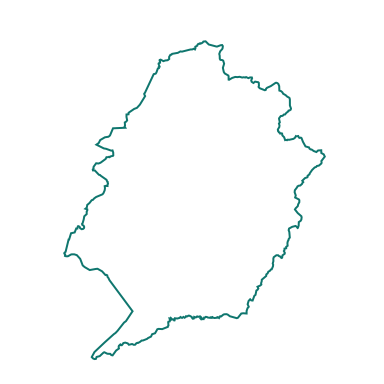 Phnum Kravanh, Pouthisat, Cambodia (orthographic projection), rotated 259°
{"feature_id": "14789045B35445184191564", "entity_name": "Phnum Kravanh", "entity_type": "district", "adm_level": 2, "iso_a3": "KHM", "parent_name": "Cambodia", "parent_adm1": "Pouthisat", "projection": "orthographic", "projection_center": [103.822, 12.181], "detail": "fine", "context": "isolated", "style": "outline", "palette": "teal", "viewbox_px": 384, "rotation_deg": 259, "n_neighbors": 0, "source": "geoboundaries", "source_scale": "gbopen_adm2", "svg_char_len": 5936}
<svg xmlns="http://www.w3.org/2000/svg" viewBox="0 0 384 384"><g transform="rotate(259 192 192)"><path d="M327.0,185.2L326.2,185.5L325.0,185.3L324.7,183.9L324.2,183.6L321.2,184.1L321.0,183.2L319.9,183.1L319.7,182.0L316.0,179.8L315.1,178.9L315.0,176.9L298.3,164.7L297.7,163.9L296.8,163.8L295.1,164.3L287.7,157.5L285.1,154.0L284.6,151.1L281.9,144.9L280.4,144.5L280.6,142.5L278.2,142.0L274.7,142.0L273.7,140.9L273.1,139.3L269.9,138.9L269.1,138.3L267.8,138.8L269.6,126.6L263.3,122.4L262.7,121.6L262.2,120.5L262.3,116.9L260.5,111.8L257.9,109.8L256.7,107.2L251.6,113.8L250.8,115.9L248.0,120.6L248.0,121.9L245.8,122.2L242.9,121.7L242.6,121.4L242.5,119.0L241.9,117.8L242.4,117.3L242.2,116.2L242.5,114.7L240.9,113.5L238.2,107.8L237.8,105.7L238.5,103.4L235.7,100.4L235.1,100.0L233.9,99.9L233.1,98.9L232.1,98.9L231.7,100.7L226.7,103.9L226.1,105.1L225.5,105.4L220.3,110.4L219.0,110.6L217.9,111.2L217.3,110.9L216.6,111.2L215.9,111.0L215.5,110.5L214.0,110.2L214.5,108.3L214.4,107.4L212.4,107.3L210.3,106.6L207.7,104.8L206.8,103.7L205.4,97.0L204.4,94.8L203.2,93.2L203.1,92.0L200.7,89.2L199.3,86.7L196.7,85.7L195.9,84.2L194.9,85.9L193.9,85.7L192.9,84.9L190.4,84.4L188.7,81.6L185.8,80.5L182.3,78.7L181.7,78.0L180.7,78.0L179.6,79.2L178.2,79.5L177.2,79.1L176.6,78.3L176.5,76.7L177.7,75.3L179.3,75.0L180.1,74.1L180.1,73.4L178.0,72.5L178.3,71.4L174.7,69.1L174.6,65.4L168.8,62.3L168.9,61.8L157.4,56.5L156.7,55.2L155.9,54.9L155.0,55.6L153.5,55.1L152.9,56.2L152.6,57.9L153.8,61.6L153.3,64.5L152.0,66.9L147.7,69.5L140.8,70.7L138.8,72.3L134.9,76.7L134.8,83.5L134.6,84.7L131.3,88.6L127.0,91.2L127.0,92.1L126.4,92.9L124.7,92.9L123.7,93.5L121.1,94.2L86.3,110.9L77.8,102.5L76.8,100.4L69.9,92.4L68.2,90.0L67.4,88.2L61.1,77.7L53.5,65.7L49.1,62.1L47.5,63.1L46.6,64.4L46.5,65.8L48.3,66.9L48.5,70.1L51.3,74.6L51.4,75.4L49.4,78.0L48.7,80.9L47.3,81.7L46.8,82.9L50.9,87.3L52.3,90.4L53.9,90.4L55.0,90.9L56.5,93.3L55.3,92.6L55.0,93.8L55.6,94.7L56.8,95.8L56.9,97.7L55.7,100.0L54.1,100.9L54.2,104.2L53.1,105.7L53.0,106.8L53.0,107.2L54.1,108.4L54.4,109.6L54.1,110.1L54.8,112.4L55.8,114.2L55.6,115.5L56.4,119.9L57.0,120.9L57.9,124.2L60.0,125.7L60.4,128.8L63.9,131.8L64.0,133.1L63.1,136.6L64.2,142.5L64.7,142.6L65.4,143.4L68.8,143.8L69.2,144.1L69.2,145.4L70.0,145.9L72.2,145.8L71.9,146.5L72.5,147.1L71.6,147.7L70.6,147.5L70.6,149.3L69.3,150.0L69.3,150.4L71.3,151.1L70.6,153.5L70.8,156.0L71.5,156.8L70.3,158.2L71.0,159.8L70.0,160.7L70.5,162.0L71.2,162.4L70.8,163.8L71.3,164.9L71.0,166.0L69.4,167.9L68.0,168.2L67.4,168.7L67.5,169.7L69.0,170.3L68.1,171.8L68.9,173.3L68.3,174.0L68.4,176.2L67.8,176.7L66.5,176.0L65.2,176.8L65.2,177.4L66.1,177.7L65.2,178.3L65.0,179.2L66.4,179.9L66.2,180.7L66.8,181.6L66.5,182.7L65.8,183.5L65.0,185.8L65.4,186.2L64.7,187.3L65.4,187.8L65.4,188.2L64.7,188.5L64.0,190.1L63.8,192.6L64.2,192.7L64.3,193.5L63.1,194.5L64.7,196.0L64.3,196.9L65.6,199.3L65.8,200.2L65.5,202.5L64.9,203.6L62.8,205.5L59.6,211.9L59.8,213.1L63.3,217.2L63.2,219.1L62.3,222.4L64.8,222.9L67.3,224.3L68.5,225.8L71.2,225.2L74.3,226.8L75.6,228.6L74.3,229.5L73.9,230.8L78.2,233.4L78.9,234.7L83.0,236.4L83.6,237.8L84.7,238.7L86.5,238.2L87.2,241.2L87.9,242.4L89.2,242.4L91.1,243.4L92.6,243.8L95.4,248.8L96.9,249.2L97.7,250.7L99.2,251.7L99.7,253.3L100.9,254.7L100.9,255.5L103.6,257.3L105.1,257.8L106.4,257.6L108.6,258.7L111.0,259.1L112.4,259.8L113.8,262.7L113.4,264.6L112.5,265.1L111.9,266.2L110.5,266.9L110.1,267.5L110.4,268.0L112.5,268.7L113.7,271.2L114.6,271.5L116.5,270.9L117.2,271.6L118.8,272.0L118.8,273.7L120.2,274.0L121.0,275.6L123.6,275.9L125.5,276.7L126.1,277.4L127.2,277.8L128.6,279.3L134.2,279.9L136.1,279.6L137.6,280.3L138.7,283.7L138.9,287.1L138.2,287.9L136.5,288.8L136.6,289.1L138.7,290.3L142.1,291.1L143.0,293.2L144.1,294.1L146.3,294.8L147.4,294.7L151.1,291.8L155.2,289.7L156.2,290.6L157.9,293.1L159.7,293.9L161.5,295.4L163.5,295.8L164.3,295.5L166.9,292.2L168.9,293.2L172.2,292.7L174.1,293.3L176.7,296.2L177.3,296.5L177.8,297.8L177.7,299.5L179.0,301.6L179.8,302.1L180.5,303.1L182.0,302.4L184.1,305.6L184.4,307.9L184.8,308.4L185.9,308.6L186.9,310.7L187.7,311.0L190.7,314.1L192.7,317.1L192.9,318.6L193.7,319.6L193.7,321.6L195.3,324.4L196.0,324.8L197.7,324.9L201.4,329.1L203.8,328.5L205.6,326.4L208.3,326.8L208.7,323.7L207.5,321.7L209.0,319.3L210.9,317.5L211.2,316.5L212.2,315.6L213.4,315.4L215.1,312.1L220.1,310.5L224.0,309.8L224.6,309.2L224.6,307.8L225.0,307.4L226.7,306.9L226.7,304.9L227.0,304.6L225.5,303.3L224.8,301.7L224.7,297.4L225.1,295.9L224.7,295.2L225.3,293.9L225.2,293.3L228.2,292.9L230.3,291.5L232.2,291.6L232.6,290.7L232.5,289.7L233.6,289.4L234.0,288.6L235.1,288.5L235.4,288.1L237.0,288.2L239.1,290.1L240.7,290.6L242.6,290.4L243.6,291.5L247.3,291.4L247.8,291.6L249.6,293.6L249.5,295.5L250.5,296.9L250.3,298.0L251.8,299.9L252.6,301.6L253.5,302.3L253.4,303.2L254.0,304.6L255.1,305.1L258.2,304.6L264.0,305.7L265.5,305.7L266.1,305.3L267.5,303.6L269.2,302.4L271.1,300.2L272.5,299.8L273.9,298.8L274.9,297.1L279.3,297.8L281.5,297.4L282.5,296.7L283.1,295.8L283.2,294.9L280.9,289.5L280.0,285.6L279.3,284.5L278.1,283.8L278.0,282.9L281.0,278.2L282.5,277.4L283.6,278.0L286.4,278.4L287.1,278.0L288.3,275.0L287.3,273.1L288.8,271.6L290.2,271.4L292.2,272.7L293.0,272.6L293.4,270.8L293.0,269.1L294.5,267.0L294.2,266.2L294.8,264.5L294.8,263.1L296.0,260.7L296.1,258.5L296.7,256.4L296.3,253.2L295.1,249.8L295.3,249.4L298.6,250.0L299.4,249.9L302.1,246.8L303.8,246.1L308.0,246.0L311.8,248.0L315.0,247.7L315.8,246.7L316.3,245.1L317.4,244.7L320.6,245.2L322.3,245.1L324.7,246.5L326.6,249.0L327.4,249.5L329.3,250.1L330.5,249.6L330.6,248.1L330.0,244.5L330.1,243.8L333.6,236.6L337.3,234.1L337.5,231.9L336.6,230.9L336.1,229.5L336.5,228.4L335.9,228.0L336.2,226.5L335.5,225.5L334.6,225.1L334.0,223.0L332.4,222.8L331.4,222.1L332.3,221.2L331.9,219.5L332.2,217.8L331.7,209.0L332.2,207.4L331.3,204.7L331.4,198.8L330.7,198.0L330.8,197.0L330.4,196.6L328.9,195.3L326.9,195.0L326.0,193.2L326.2,190.8L325.9,188.9L327.9,186.5L327.8,185.5L327.0,185.2Z" fill="none" stroke="#0f766e" stroke-width="2"/></g></svg>